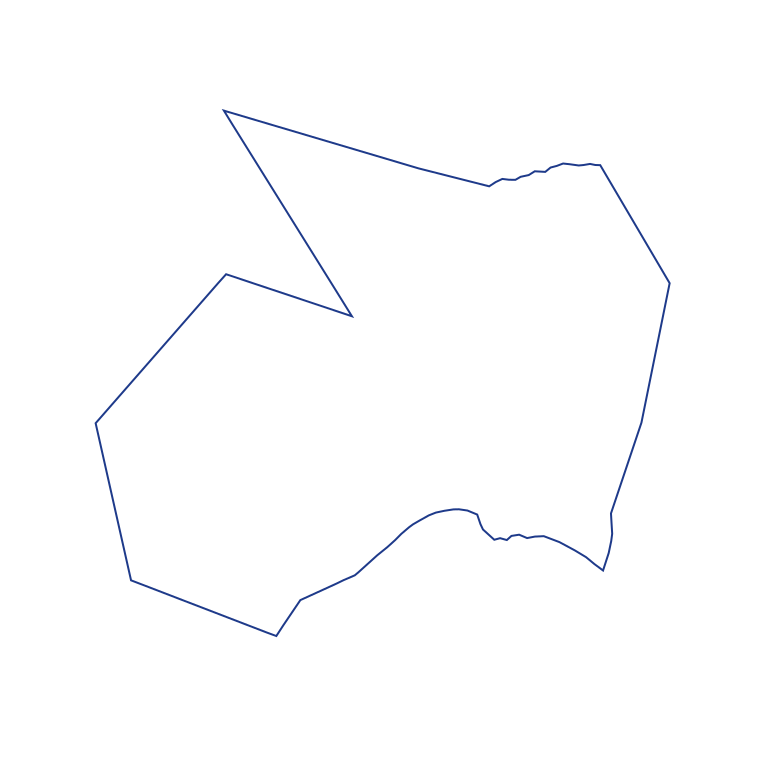 São Miguel do Fidalgo, Piauí, Brazil (orthographic projection), rotated 197°
{"feature_id": "56859067B99760501639762", "entity_name": "São Miguel do Fidalgo", "entity_type": "district", "adm_level": 2, "iso_a3": "BRA", "parent_name": "Brazil", "parent_adm1": "Piauí", "projection": "orthographic", "projection_center": [-42.377, -7.594], "detail": "fine", "context": "isolated", "style": "outline", "palette": "blue", "viewbox_px": 768, "rotation_deg": 197, "n_neighbors": 0, "source": "geoboundaries", "source_scale": "gbopen_adm2", "svg_char_len": 1042}
<svg xmlns="http://www.w3.org/2000/svg" viewBox="0 0 768 768"><g transform="rotate(197 384 384)"><path d="M413.3,111.5L409.6,124.3L400.8,152.9L370.9,179.4L365.2,184.7L356.0,192.5L353.4,196.5L340.4,218.2L333.1,229.0L327.7,238.0L323.6,245.8L318.1,254.4L315.2,258.3L310.0,263.9L302.7,271.5L296.8,276.2L289.2,280.4L280.9,284.4L275.7,286.1L267.2,287.4L256.7,286.4L250.8,278.2L246.8,273.8L233.0,267.3L227.9,270.5L220.9,270.7L217.7,276.0L210.7,279.4L202.1,278.5L195.1,282.2L186.7,285.2L170.1,284.1L153.0,280.7L140.2,277.5L130.1,273.3L120.0,269.7L119.7,288.1L120.8,300.3L122.0,307.5L126.0,318.2L129.1,326.6L126.5,422.3L140.3,563.9L241.2,656.5L246.0,655.2L251.3,654.7L257.3,651.7L261.7,649.9L271.0,648.4L277.2,647.2L282.5,643.1L288.0,639.7L291.8,634.0L302.0,631.5L306.7,626.1L313.9,622.1L318.0,617.7L324.1,615.9L330.8,614.7L336.3,609.7L341.2,603.8L414.0,600.3L617.0,598.6L609.2,591.7L604.2,587.3L459.9,461.6L434.5,439.4L567.1,442.8L572.1,432.0L648.3,262.2L568.5,122.3L423.9,112.1L413.3,111.5Z" fill="none" stroke="#1e3a8a" stroke-width="2"/></g></svg>